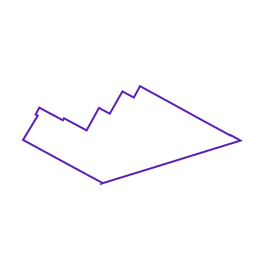 Puán, Buenos Aires, Argentina (orthographic projection), rotated 253°
{"feature_id": "61730980B69414745646580", "entity_name": "Puán", "entity_type": "district", "adm_level": 2, "iso_a3": "ARG", "parent_name": "Argentina", "parent_adm1": "Buenos Aires", "projection": "orthographic", "projection_center": [-63.086, -38.101], "detail": "fine", "context": "isolated", "style": "outline", "palette": "violet", "viewbox_px": 256, "rotation_deg": 253, "n_neighbors": 0, "source": "geoboundaries", "source_scale": "gbopen_adm2", "svg_char_len": 633}
<svg xmlns="http://www.w3.org/2000/svg" viewBox="0 0 256 256"><g transform="rotate(253 128 128)"><path d="M155.7,106.1L137.8,87.7L156.0,69.7L154.4,68.0L164.2,58.3L164.1,58.2L173.4,49.2L167.9,43.6L166.2,45.3L147.3,24.1L101.2,69.4L93.1,77.4L88.4,82.1L87.9,82.5L86.9,83.6L83.3,87.1L82.6,86.4L82.7,107.0L82.7,118.3L82.7,127.8L82.8,149.7L82.8,150.3L82.9,174.5L83.0,200.1L83.1,231.9L83.9,231.2L84.6,230.5L87.2,227.9L89.4,225.8L91.3,224.0L91.0,223.6L97.4,217.3L103.7,211.1L111.3,203.6L118.5,196.6L137.0,178.6L164.5,151.7L161.7,148.9L155.4,142.5L164.6,133.4L147.0,114.7L155.7,106.1Z" fill="none" stroke="#5b21b6" stroke-width="2"/></g></svg>